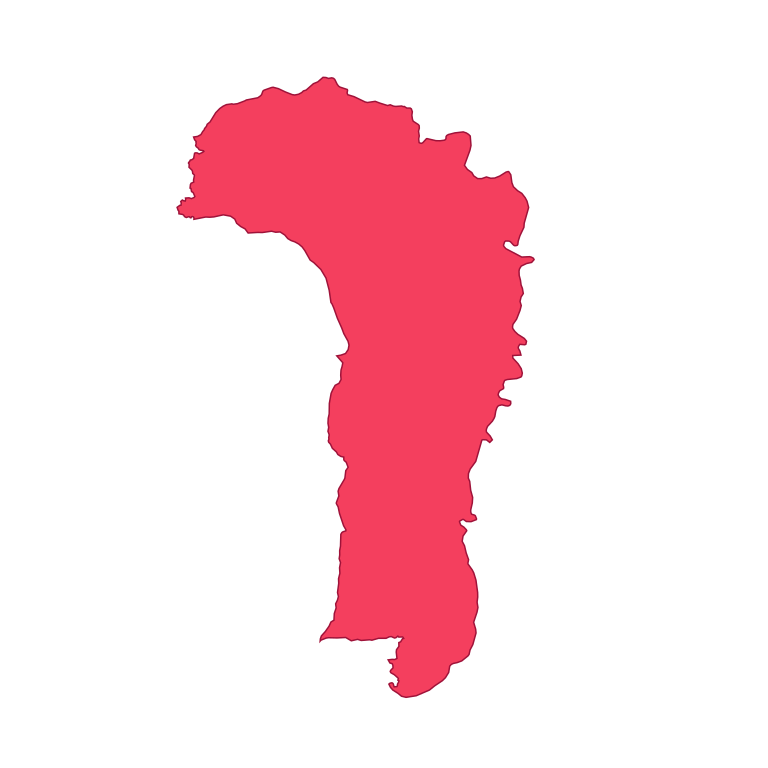 outline of Galanefhi, Maekel, Eritrea, rotated 260°
{"feature_id": "51966322B55645768572495", "entity_name": "Galanefhi", "entity_type": "district", "adm_level": 2, "iso_a3": "ERI", "parent_name": "Eritrea", "parent_adm1": "Maekel", "projection": "orthographic", "projection_center": [38.896, 15.263], "detail": "fine", "context": "isolated", "style": "filled", "palette": "rose", "viewbox_px": 768, "rotation_deg": 260, "n_neighbors": 0, "source": "geoboundaries", "source_scale": "gbopen_adm2", "svg_char_len": 6138}
<svg xmlns="http://www.w3.org/2000/svg" viewBox="0 0 768 768"><g transform="rotate(260 384 384)"><path d="M141.9,276.5L142.7,277.5L143.8,282.8L143.8,285.2L142.1,293.6L141.0,302.3L136.8,307.2L137.1,313.7L135.4,317.0L134.6,325.4L133.8,327.6L134.5,334.5L133.2,341.9L134.1,345.2L134.0,347.3L132.0,350.3L132.1,351.7L133.3,353.9L132.2,354.6L131.7,358.2L131.2,358.8L130.0,359.2L129.9,358.0L127.2,355.6L126.8,353.7L123.0,353.1L120.2,350.2L117.9,349.5L111.5,349.1L110.8,346.8L111.4,344.2L111.6,340.2L108.2,341.4L107.2,343.5L105.4,343.9L102.9,343.6L100.8,340.8L99.7,340.2L98.4,340.7L95.9,343.7L92.2,346.6L91.4,347.0L89.9,346.2L89.1,347.1L87.9,346.6L86.0,345.1L84.8,344.9L83.8,344.2L84.0,341.4L87.2,341.0L88.1,340.4L88.4,339.6L88.3,337.9L87.6,336.7L84.1,337.7L81.0,339.6L77.0,344.0L73.5,347.0L71.6,351.3L71.4,361.6L74.7,375.6L78.0,381.6L81.7,390.0L84.1,393.5L88.7,397.6L94.7,399.7L96.2,401.6L96.8,404.0L96.9,407.6L97.8,412.5L101.6,419.4L102.9,420.8L107.2,422.6L111.9,426.2L122.8,431.4L126.6,431.7L133.8,430.9L143.2,436.0L147.6,437.7L153.0,437.8L157.9,439.3L162.4,440.0L174.8,440.5L182.3,439.6L185.6,438.6L192.1,435.5L193.0,435.5L196.3,436.8L203.4,435.6L210.7,435.2L215.5,433.7L220.5,435.4L225.1,440.0L226.1,439.8L229.2,437.8L231.7,435.1L235.2,434.4L235.8,434.7L237.0,437.9L236.8,438.8L234.3,441.2L233.3,445.8L234.4,451.4L235.1,451.7L238.3,451.1L239.1,450.5L240.6,447.6L242.6,447.2L244.8,447.5L251.5,450.3L256.9,451.6L264.2,450.9L273.2,451.5L276.7,450.7L281.1,451.6L285.3,454.1L291.8,460.9L311.7,470.6L312.0,471.6L311.2,475.2L308.1,478.0L310.2,481.0L314.4,479.5L318.8,476.6L320.4,476.6L321.9,477.1L324.3,478.6L328.6,484.3L330.9,486.3L332.7,487.5L338.0,489.4L340.8,490.9L342.1,492.0L342.8,493.2L343.0,496.5L341.4,500.0L340.8,502.2L341.1,504.0L341.8,504.9L342.9,505.5L345.0,505.7L347.7,500.8L349.0,497.2L351.0,495.3L353.5,494.5L355.4,495.3L357.3,496.9L358.7,500.9L359.9,501.3L362.8,501.2L366.0,503.0L366.7,503.8L367.0,506.3L366.3,515.7L367.1,520.1L368.1,521.1L370.7,522.1L375.3,521.8L380.6,519.6L387.2,515.4L389.7,515.7L388.7,523.9L393.0,523.5L395.3,522.6L396.6,522.5L397.7,523.0L399.5,524.6L398.2,529.4L398.5,530.6L401.4,531.8L404.5,530.1L409.6,524.5L413.0,522.0L416.4,520.4L417.9,520.5L420.3,521.3L424.8,525.8L432.8,530.7L437.4,532.8L441.7,532.3L445.9,534.1L448.9,536.9L454.2,536.9L457.7,536.2L462.6,536.4L467.4,536.0L471.8,536.6L473.8,537.4L476.3,539.6L477.9,545.3L478.1,550.5L480.4,553.4L481.9,553.0L483.4,551.1L484.1,549.5L485.1,541.7L496.1,527.5L498.6,526.0L500.0,525.8L503.1,527.5L503.7,528.6L503.1,531.7L502.2,533.2L498.3,535.7L497.6,536.5L497.3,537.9L497.5,539.4L498.2,540.0L501.4,541.0L506.4,543.6L514.0,549.0L518.0,550.0L532.7,557.1L539.2,556.6L542.9,555.4L547.8,552.8L551.2,549.1L555.8,545.7L560.1,544.9L568.0,545.2L571.3,543.8L571.7,543.2L571.5,541.0L568.7,534.1L567.6,528.8L568.1,524.8L570.1,520.8L569.3,515.9L570.0,511.9L573.4,508.5L577.0,507.2L580.8,503.4L585.4,501.2L599.2,509.2L603.8,511.1L613.2,512.0L615.2,510.6L617.0,508.6L618.5,505.8L619.0,497.3L618.5,490.7L617.8,488.9L616.9,488.1L614.7,487.6L613.6,486.1L613.8,481.4L614.6,477.4L618.2,469.0L618.2,468.4L614.9,464.1L614.5,462.8L614.8,461.8L615.6,460.5L619.3,460.7L622.2,461.8L627.0,461.9L629.8,463.2L632.3,463.5L633.5,462.9L637.7,458.4L639.7,458.0L643.8,458.1L647.2,459.2L650.2,458.7L651.2,457.7L651.8,454.3L653.8,452.2L653.8,451.2L654.7,449.6L655.3,443.9L655.9,441.8L657.9,438.6L657.6,435.9L661.4,428.6L663.9,424.4L664.1,416.5L665.1,414.3L672.2,404.4L675.2,398.5L677.1,398.2L679.5,399.1L680.4,399.0L684.0,392.3L685.2,391.0L687.4,389.9L692.5,388.4L693.8,387.4L694.6,385.7L694.6,382.3L695.9,380.1L696.6,377.2L693.0,371.2L692.0,366.6L687.0,358.4L686.6,355.5L685.3,353.6L684.2,350.2L684.1,346.3L684.9,343.9L688.6,337.8L693.2,331.3L695.5,326.3L695.5,324.6L694.2,316.9L693.5,315.6L690.2,313.7L689.2,312.4L687.8,309.4L687.6,297.7L687.0,296.1L685.5,288.3L685.7,284.0L686.3,282.9L686.5,277.3L685.5,273.7L683.8,270.1L680.4,265.4L672.3,258.2L670.5,255.0L668.5,253.8L666.7,251.6L665.8,251.3L664.2,249.4L661.4,247.0L660.2,243.4L660.3,239.4L657.4,239.9L655.5,241.1L654.9,240.8L653.5,240.8L651.5,239.9L650.1,240.5L648.3,242.1L647.0,242.5L646.3,243.4L645.1,246.7L644.3,247.0L643.5,245.3L642.7,241.9L644.1,240.0L644.4,238.2L644.1,237.5L639.2,235.7L638.2,233.6L638.2,232.2L636.4,230.8L636.2,230.1L635.4,229.8L634.1,230.3L631.3,229.6L627.9,232.0L626.7,232.3L624.5,232.2L623.0,233.4L622.2,233.5L617.8,231.8L615.9,231.7L615.2,228.9L614.0,228.0L610.6,227.0L610.1,227.8L606.9,227.9L605.7,229.3L601.5,230.3L600.7,229.4L600.0,226.6L601.2,224.3L601.6,220.8L600.3,220.8L598.7,220.0L599.2,218.6L600.2,217.3L599.0,215.5L597.5,215.8L595.3,215.1L595.4,213.9L593.9,210.9L590.8,211.4L589.8,212.0L587.2,211.6L586.0,215.0L585.0,216.1L583.5,216.6L582.3,218.2L582.7,220.9L582.4,221.5L581.4,222.1L581.2,222.8L582.1,223.5L582.2,224.3L581.6,225.4L580.3,225.7L579.2,225.4L579.4,237.5L578.5,241.4L578.1,245.5L578.5,255.1L575.9,262.1L572.3,265.7L567.9,266.8L564.0,270.2L560.9,274.1L556.3,276.4L555.2,286.0L554.3,290.4L554.0,299.8L552.3,303.6L551.8,308.1L547.9,312.2L543.9,314.5L541.4,317.4L539.5,320.8L536.7,324.3L533.2,327.2L529.1,329.2L518.9,332.8L515.8,335.9L507.8,341.7L498.3,345.3L485.9,346.3L473.5,345.9L471.9,346.7L467.8,347.7L456.9,349.5L446.5,352.1L440.5,353.2L432.4,356.0L428.4,356.3L424.1,354.7L420.7,351.4L419.9,346.5L419.9,342.4L412.1,347.1L408.6,345.8L405.2,344.1L400.2,342.9L395.9,342.5L392.5,339.8L391.2,335.7L387.4,332.6L384.0,330.3L374.4,326.8L364.0,324.8L359.9,323.1L355.0,322.0L350.9,322.0L347.2,320.6L343.5,321.2L340.7,320.2L339.4,320.2L337.7,319.3L336.3,319.4L334.1,320.8L329.6,322.0L325.4,325.3L322.6,326.3L320.2,328.9L319.0,331.7L316.6,331.3L315.6,331.5L313.5,333.2L308.2,334.2L305.3,331.3L298.3,329.2L297.0,328.4L288.9,321.5L286.4,320.2L281.6,320.1L275.5,316.5L274.5,316.3L271.0,317.5L264.2,317.7L251.5,319.6L247.0,321.2L246.0,320.9L245.6,318.0L245.0,316.7L243.5,315.4L231.9,313.0L227.6,311.4L223.3,310.7L219.7,309.5L215.7,310.2L210.7,308.3L205.3,307.7L200.1,305.4L195.6,304.8L186.7,302.0L182.6,302.2L179.2,300.6L175.9,298.2L171.8,298.0L166.6,295.2L160.1,293.7L158.8,290.4L155.1,287.9L150.4,283.2L146.8,278.6L144.1,277.1L141.9,276.5Z" fill="#f43f5e" stroke="#9f1239" stroke-width="1.5"/></g></svg>